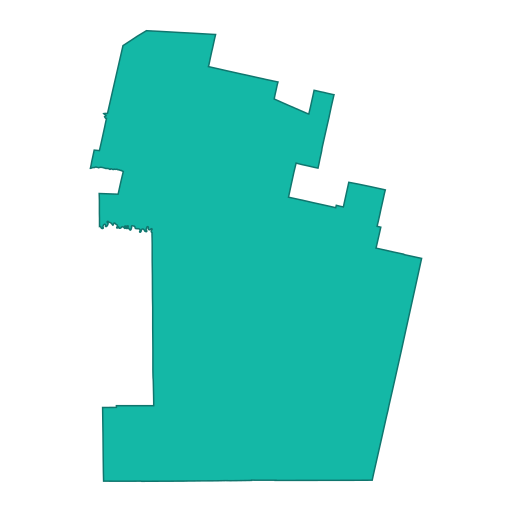 the district of Juárez Celman, Córdoba, Argentina
{"feature_id": "61730980B81524529409154", "entity_name": "Juárez Celman", "entity_type": "district", "adm_level": 2, "iso_a3": "ARG", "parent_name": "Argentina", "parent_adm1": "Córdoba", "projection": "robinson", "projection_center": [-63.851, -33.267], "detail": "fine", "context": "isolated", "style": "filled", "palette": "teal", "viewbox_px": 512, "rotation_deg": 0, "n_neighbors": 0, "source": "geoboundaries", "source_scale": "gbopen_adm2", "svg_char_len": 5834}
<svg xmlns="http://www.w3.org/2000/svg" viewBox="0 0 512 512"><path d="M385.3,189.9L370.8,186.7L358.3,184.1L348.8,182.3L344.2,203.1L343.4,206.9L340.6,206.4L336.3,205.3L335.7,207.7L329.6,206.3L322.4,204.7L312.8,202.6L306.4,201.1L288.5,197.2L291.3,184.1L292.1,180.5L293.9,172.2L294.9,168.1L295.2,166.8L296.1,163.1L302.1,164.6L307.6,165.8L314.5,167.4L318.0,168.1L318.9,164.1L319.9,159.0L321.3,152.7L321.7,150.7L321.9,149.1L322.2,147.4L324.5,137.1L327.2,125.2L329.0,117.4L329.3,115.8L330.7,109.3L331.1,107.3L332.5,101.2L334.0,94.7L332.8,94.5L326.6,93.1L323.8,92.4L321.2,91.9L316.9,90.9L315.6,90.6L314.1,90.3L312.9,95.9L311.5,102.2L310.4,107.3L308.8,114.0L307.0,113.4L287.0,104.7L274.2,99.0L275.1,94.4L276.2,89.6L277.2,84.9L278.0,82.0L272.2,80.8L271.6,80.6L271.4,80.6L265.6,79.4L263.2,78.8L259.4,78.0L253.6,76.7L246.9,75.2L240.8,73.9L233.2,72.2L226.0,70.6L218.6,68.9L208.4,66.6L209.0,64.4L210.5,57.2L211.9,50.8L212.4,48.8L214.6,38.7L215.6,34.5L211.6,34.3L208.4,34.1L206.6,34.0L192.9,33.2L183.5,32.7L179.6,32.5L176.1,32.3L169.1,31.9L162.0,31.5L158.4,31.3L152.3,31.0L146.3,30.7L146.1,30.9L137.3,36.2L129.3,41.5L123.0,45.6L112.7,90.6L107.7,112.6L107.5,113.4L105.2,113.4L103.8,113.6L104.4,114.3L104.9,114.2L106.0,115.4L105.2,116.1L105.4,116.2L104.6,116.8L105.5,118.2L106.5,118.4L105.7,122.0L104.5,127.8L101.8,140.1L100.0,148.1L99.4,150.6L94.2,150.1L92.4,158.5L91.7,161.7L91.1,165.1L90.4,168.3L90.5,168.3L90.8,168.3L91.0,168.2L91.5,168.0L91.8,168.0L92.3,167.7L92.6,167.6L92.9,167.5L93.1,167.5L93.4,167.6L93.7,167.6L94.3,167.6L94.5,167.4L94.8,167.3L95.1,167.3L95.4,167.1L95.9,166.9L96.0,166.9L96.4,167.1L96.6,167.2L96.9,167.3L97.2,167.4L97.7,167.4L98.2,167.5L98.4,167.6L98.5,167.7L98.7,167.8L98.9,167.7L99.2,167.6L99.6,167.4L99.8,167.4L100.2,167.2L100.6,167.3L100.9,167.4L101.1,167.4L101.4,167.3L101.7,167.3L101.9,167.4L102.2,167.5L102.5,167.5L103.1,167.6L103.4,167.7L103.7,167.8L104.1,168.0L104.4,168.0L104.8,168.1L105.2,168.3L105.9,168.5L106.1,168.5L106.4,168.5L106.7,168.4L107.5,168.5L107.8,168.5L108.1,168.5L108.4,168.6L108.9,168.7L109.0,168.8L109.3,169.1L109.7,169.2L109.8,169.3L110.0,169.4L110.5,169.2L110.8,168.8L111.0,168.8L111.3,168.8L111.5,168.8L111.9,169.1L112.2,169.3L112.4,169.4L112.6,169.4L112.9,169.4L113.3,169.5L113.5,169.5L113.8,169.4L113.9,169.2L114.2,169.1L114.5,169.2L114.8,169.3L115.3,169.3L115.7,169.4L115.9,169.4L116.2,169.3L116.4,169.2L116.9,169.3L117.3,169.3L117.5,169.4L117.6,169.6L118.0,169.8L118.4,169.8L118.5,169.7L119.1,169.9L119.3,169.8L119.7,170.0L119.9,170.2L120.9,170.5L121.0,170.5L121.3,170.5L121.5,170.5L121.7,170.8L121.9,170.9L122.2,170.9L122.3,171.0L122.9,171.4L123.3,171.5L121.0,181.1L118.1,194.2L99.2,193.5L99.4,200.6L99.4,213.7L99.5,218.4L99.5,222.5L99.5,226.5L99.9,226.4L100.3,226.5L100.7,226.9L100.9,227.4L101.1,227.7L101.4,228.2L102.1,228.5L102.7,228.5L103.2,228.2L103.3,227.7L102.8,227.2L102.9,226.6L103.2,225.9L103.4,225.1L103.9,224.6L104.4,224.3L105.0,224.3L105.3,224.6L105.6,225.2L105.5,225.9L105.4,226.2L105.7,226.5L106.1,226.6L106.6,226.4L107.0,226.0L107.6,225.1L108.0,224.1L108.1,223.4L107.8,223.0L107.4,222.7L107.2,222.3L107.1,221.8L107.4,221.4L107.9,221.3L108.3,221.5L108.6,221.9L109.4,222.4L110.0,222.5L110.7,222.8L111.2,223.3L111.7,223.9L112.2,224.2L112.4,224.7L112.6,225.0L112.9,225.2L113.1,225.0L113.2,224.7L113.6,224.2L113.9,223.2L114.3,223.0L114.8,223.1L115.2,223.4L115.6,223.8L116.0,224.3L116.9,224.8L117.3,225.2L117.4,225.9L117.3,226.5L116.8,227.2L116.7,227.6L116.9,228.0L117.4,228.0L117.9,227.7L118.0,227.2L118.5,226.9L118.7,227.1L118.8,227.6L119.2,228.2L119.7,228.3L120.3,228.2L120.9,227.9L121.3,227.5L121.5,227.1L121.9,226.9L122.3,226.7L122.7,226.9L123.3,227.0L123.7,227.2L123.9,227.4L124.1,227.8L124.6,228.3L124.8,228.4L125.2,228.3L125.3,228.0L125.1,227.6L124.7,227.1L124.7,226.3L125.0,226.0L125.3,226.0L125.7,226.0L125.9,226.4L125.9,226.9L125.9,227.2L125.9,227.7L126.2,228.2L126.9,228.6L127.5,228.4L127.6,227.9L127.0,226.7L126.9,226.1L127.5,225.8L128.1,225.9L128.3,226.1L128.1,227.2L128.0,227.6L128.1,228.1L128.3,228.4L128.8,228.7L129.4,229.1L129.7,229.5L129.9,229.9L130.3,230.1L130.7,229.9L131.1,229.3L131.1,228.6L131.6,227.9L131.5,226.4L131.7,225.9L132.2,225.7L132.7,225.8L133.3,226.0L134.1,226.1L134.8,226.7L135.0,227.3L135.2,228.0L135.4,228.4L136.0,228.6L137.0,228.7L138.5,228.7L139.5,229.1L140.1,229.7L140.1,230.4L139.6,231.8L139.9,232.2L140.4,232.2L141.0,231.5L141.1,231.2L141.3,230.3L141.8,229.3L142.5,229.0L143.0,229.0L143.6,229.3L144.1,229.8L144.4,230.5L144.8,231.1L145.4,231.5L146.4,231.7L146.7,231.5L146.8,231.3L146.8,230.9L146.6,230.4L146.1,230.1L146.0,229.6L146.1,229.1L146.4,228.8L146.6,228.3L146.8,227.2L147.2,226.8L147.6,226.6L148.2,226.9L148.4,227.6L148.3,228.4L148.3,229.0L148.8,229.6L149.4,229.8L149.6,229.8L151.3,228.7L151.7,228.7L152.1,229.2L152.1,229.5L151.8,229.9L151.5,230.2L151.2,231.0L151.2,231.8L151.5,232.2L152.0,232.4L152.0,234.7L152.1,238.2L152.2,244.1L152.2,260.7L152.4,275.4L152.5,297.9L152.7,307.1L152.7,328.6L152.8,337.0L152.9,349.1L152.9,358.8L152.9,369.7L153.0,375.7L153.1,378.4L153.2,378.9L153.3,381.7L153.5,391.2L153.6,395.9L153.7,401.9L153.7,405.7L139.0,405.7L132.5,405.7L124.0,405.7L116.4,405.7L116.4,407.4L102.6,407.5L103.0,434.2L103.2,456.1L103.4,472.7L103.6,481.1L114.1,481.2L122.8,481.2L132.2,481.2L140.8,481.1L141.5,481.3L162.1,481.2L169.5,481.2L178.2,481.1L183.7,481.1L188.3,481.0L193.0,481.0L197.9,480.9L216.4,480.8L225.7,480.6L230.3,480.7L238.8,480.6L251.5,480.4L251.5,480.1L255.9,480.2L275.6,480.2L275.5,480.4L285.3,480.4L350.8,480.3L372.2,480.2L373.5,474.1L381.7,437.9L386.6,416.0L388.0,410.2L389.0,405.3L392.7,389.1L401.1,351.7L406.3,327.9L406.8,325.7L418.3,273.5L421.6,258.4L411.0,256.1L404.0,254.6L403.8,254.2L393.4,252.0L376.0,248.1L376.3,246.9L378.7,236.5L380.8,227.2L377.1,226.3L377.7,223.6L378.3,221.2L379.8,214.5L381.0,208.8L383.3,198.6L384.3,193.9L385.3,189.9Z" fill="#14b8a6" stroke="#0f766e" stroke-width="1.5"/></svg>